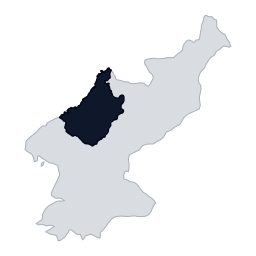 location of Chagang-do within North Korea
{"feature_id": "PRK-3310", "entity_name": "Chagang-do", "entity_type": "Province", "adm_level": 1, "iso_a3": "PRK", "parent_name": "North Korea", "parent_adm1": "", "projection": "mercator", "projection_center": [126.424, 40.896], "detail": "fine", "context": "in_parent", "style": "filled", "palette": "ink", "viewbox_px": 256, "rotation_deg": 0, "n_neighbors": 0, "source": "natural_earth", "source_scale": "10m", "svg_char_len": 6798}
<svg xmlns="http://www.w3.org/2000/svg" viewBox="0 0 256 256"><path d="M155.8,203.3L154.7,203.9L152.7,207.4L150.9,211.8L149.1,214.2L147.1,215.6L144.9,216.3L140.6,216.7L136.7,216.4L135.4,215.9L130.0,216.2L128.5,216.5L120.7,216.1L116.7,216.5L114.1,217.4L111.5,219.1L109.2,221.8L107.2,224.7L103.2,229.9L100.3,232.5L100.3,236.2L100.3,237.3L99.3,238.1L98.9,237.7L97.3,237.4L90.7,234.1L85.3,236.1L83.9,238.8L82.5,239.7L80.3,234.4L76.8,234.3L71.2,229.7L68.8,230.6L68.2,232.5L65.1,236.7L60.8,240.2L59.4,240.6L57.8,240.4L58.0,239.4L56.3,235.5L49.5,233.9L47.1,232.3L45.8,231.9L52.5,227.5L54.2,226.7L52.9,225.7L51.5,225.2L46.0,225.9L43.2,224.4L39.0,224.9L36.2,223.7L42.1,219.4L42.4,216.9L42.3,215.0L45.3,209.2L48.4,206.0L56.3,201.5L59.7,200.9L62.2,201.1L64.2,200.7L62.1,198.9L60.0,198.1L55.9,198.3L51.7,195.7L51.3,192.9L59.5,175.5L59.6,173.9L58.3,169.6L57.9,165.5L52.0,163.1L49.4,162.8L41.9,158.1L38.9,155.7L37.7,156.4L37.5,160.2L36.4,161.0L34.4,161.7L33.4,157.4L31.8,154.3L26.8,151.2L25.0,149.4L25.9,145.6L25.5,145.3L26.3,141.0L29.3,137.7L36.8,131.9L38.8,129.1L42.6,125.9L44.3,126.0L46.1,125.7L46.6,124.3L47.0,123.2L48.6,122.1L52.2,120.3L56.4,118.0L59.7,117.3L63.8,113.8L65.5,112.2L67.2,112.2L67.6,111.5L68.6,109.7L69.9,108.5L71.7,108.2L74.6,107.4L78.3,106.8L80.9,103.8L81.7,101.7L83.4,99.4L86.9,96.8L89.4,93.0L92.1,88.9L93.3,87.5L94.6,87.3L95.4,85.7L96.2,81.3L97.5,77.0L98.2,75.0L101.3,72.8L102.1,71.7L102.8,71.3L104.3,71.6L106.2,70.3L108.0,68.9L109.7,69.4L111.4,70.6L113.2,73.0L113.9,74.9L115.3,76.5L115.6,78.8L117.0,79.8L120.0,80.3L124.8,81.8L128.0,81.9L129.8,83.1L133.5,83.7L141.0,82.8L144.1,83.3L145.4,84.8L147.3,85.9L148.5,86.0L150.2,84.0L151.9,80.8L153.1,78.4L153.1,76.5L152.0,74.4L149.6,72.4L147.9,69.4L146.4,66.3L145.5,65.3L144.7,63.8L144.6,61.5L145.1,59.9L148.9,58.8L153.7,58.2L157.5,58.9L164.0,58.4L168.0,57.6L170.9,57.7L173.7,57.7L174.9,56.3L178.7,53.1L180.5,52.0L182.5,49.8L182.8,47.5L183.2,45.6L184.4,43.7L186.3,41.2L188.0,40.1L189.9,40.2L191.9,41.3L193.2,42.5L194.6,42.2L195.8,40.2L196.6,39.9L198.8,39.7L199.5,38.5L200.4,32.8L201.3,28.3L201.5,25.2L203.5,20.0L204.1,16.8L205.3,15.4L206.7,15.5L207.9,16.4L209.4,16.9L211.3,16.4L212.7,17.2L213.6,18.9L216.4,20.1L216.7,20.9L216.7,26.6L218.2,29.2L220.4,31.6L223.3,33.8L224.8,34.3L225.8,35.8L226.6,38.5L228.7,41.1L229.8,43.0L230.0,45.0L231.0,46.1L229.3,47.3L227.1,46.6L223.5,46.1L218.9,50.0L216.3,51.3L214.5,55.1L210.9,57.3L208.9,59.7L206.3,63.9L204.6,67.8L200.7,71.9L198.4,77.0L198.3,81.4L200.8,85.8L201.0,89.6L199.3,97.4L200.3,105.6L199.2,108.9L187.2,114.5L184.1,117.3L179.7,124.6L174.4,127.3L171.0,130.2L166.4,132.0L163.5,137.1L160.3,139.9L156.4,141.7L153.6,143.9L147.1,144.1L142.6,145.6L139.3,149.9L129.6,154.7L128.3,158.3L129.0,163.9L129.0,168.2L128.2,171.7L126.0,170.8L124.9,171.9L123.6,175.2L124.0,178.9L127.3,180.0L130.0,181.6L133.9,182.3L136.7,184.0L142.7,191.8L147.7,195.2L148.9,196.5L151.8,198.2L154.4,200.9L155.8,203.3ZM43.1,165.1L41.3,166.3L41.2,164.1L42.6,162.3L44.1,162.0L43.1,165.1Z" fill="#d9dde1" stroke="#a8b0b8" stroke-width="1"/><path d="M108.9,68.0L109.2,68.3L109.2,69.3L109.4,69.5L109.8,69.5L110.6,69.7L111.2,70.2L111.1,70.4L110.5,71.5L110.0,72.7L109.7,74.0L109.8,75.1L109.9,76.0L110.1,76.6L110.2,77.0L110.1,77.3L109.9,78.0L109.4,78.3L108.8,78.6L108.3,79.0L108.0,79.6L107.7,80.1L107.5,80.5L106.9,80.6L105.9,80.5L105.5,80.6L105.1,81.0L105.1,81.6L105.2,82.3L105.3,82.9L105.6,83.4L106.2,83.9L106.7,83.9L107.9,83.3L108.2,83.3L108.6,83.3L108.9,83.4L109.0,83.7L109.0,84.1L108.5,84.5L108.4,84.8L108.5,85.1L109.1,86.1L109.4,86.8L109.5,87.5L109.7,89.0L110.1,89.9L111.2,90.8L111.4,91.5L111.3,91.9L111.2,92.2L111.2,92.4L111.6,92.9L111.9,93.4L112.1,93.9L112.3,95.1L112.7,95.9L113.3,96.5L115.1,97.7L115.6,97.9L116.6,98.0L117.8,98.3L118.3,98.3L118.9,97.9L119.3,97.3L119.7,96.6L120.1,96.0L120.8,95.5L121.8,95.2L122.7,95.2L123.4,95.7L123.7,96.5L123.9,97.6L123.9,98.7L123.9,99.7L123.7,101.3L123.3,102.3L121.7,104.1L121.1,105.2L120.9,106.8L121.0,108.3L121.8,109.2L123.0,109.8L123.4,110.3L123.4,111.2L123.3,111.8L123.0,112.3L122.7,112.6L122.3,112.9L120.9,113.3L118.3,114.8L117.6,115.8L117.2,118.3L116.6,119.3L116.2,119.5L114.7,119.7L114.1,119.9L113.6,120.1L113.2,120.5L112.7,121.0L111.7,121.7L110.9,122.1L110.5,122.8L110.7,124.4L110.7,125.6L110.1,126.5L109.3,127.4L108.7,128.4L108.5,129.1L108.4,129.9L108.3,130.6L108.3,131.2L107.5,132.9L107.0,133.5L105.8,134.6L105.6,134.9L105.4,135.1L105.1,136.1L104.9,136.7L104.7,136.9L104.4,137.1L103.9,137.1L103.4,137.2L103.2,137.3L102.9,137.5L102.5,137.8L102.1,138.2L101.7,138.7L101.5,139.0L101.2,139.2L100.5,139.3L100.2,139.4L99.9,139.6L97.8,141.1L97.5,141.4L97.2,141.7L97.1,141.9L97.1,142.1L96.9,143.0L96.9,143.3L96.7,143.7L96.4,143.9L96.2,144.1L95.2,144.1L94.8,144.3L92.9,145.7L92.5,145.8L92.3,145.8L92.0,145.8L91.8,145.7L90.4,144.7L89.1,144.1L88.5,143.9L85.5,143.6L84.8,143.3L83.4,142.3L82.9,141.9L81.5,140.1L79.4,138.1L78.5,136.9L77.9,136.3L77.7,136.1L77.0,136.1L76.6,136.0L76.3,135.8L75.9,135.5L75.6,135.4L75.3,135.3L74.8,135.3L74.4,135.4L73.9,135.6L73.5,135.9L73.2,136.0L72.9,136.0L72.4,136.0L72.1,135.8L71.8,135.7L71.3,135.2L67.5,132.6L66.5,131.6L66.3,131.3L66.1,131.1L66.2,130.8L66.3,130.6L66.5,130.4L66.6,130.2L66.6,129.7L65.1,128.1L65.0,127.9L64.9,127.7L64.9,127.4L64.9,127.2L65.0,126.9L65.2,126.5L65.3,126.2L65.4,125.0L65.5,125.0L65.5,124.9L65.9,124.3L66.0,124.0L66.0,123.8L66.1,123.6L66.1,123.3L66.0,123.1L65.8,122.6L65.7,122.4L65.5,121.4L65.4,121.1L65.2,121.0L64.9,121.0L64.4,121.1L64.1,121.1L63.8,121.0L63.6,120.8L62.6,119.5L62.2,119.2L59.7,117.6L59.8,117.0L60.0,116.8L60.6,117.0L60.9,116.8L61.0,116.5L61.0,115.9L61.1,115.6L61.4,115.1L61.7,114.8L62.2,114.7L63.5,114.7L63.9,114.5L64.2,114.0L64.2,113.1L64.4,112.3L64.8,112.0L65.2,112.1L65.7,112.5L65.9,112.9L66.0,113.0L67.9,112.9L68.4,112.7L68.1,112.0L67.1,110.9L68.4,109.3L69.1,108.8L69.1,108.7L70.1,108.5L70.4,108.4L70.6,108.1L70.7,107.8L70.9,107.6L71.2,107.6L71.5,107.7L72.9,108.3L73.2,108.3L74.5,107.3L75.0,107.1L75.5,107.1L75.8,107.3L76.2,107.7L76.6,108.0L77.0,107.8L77.5,107.4L78.5,107.3L78.9,107.1L79.2,106.6L79.0,106.4L78.6,106.4L78.1,106.4L78.4,105.8L79.0,105.6L79.6,105.5L80.2,105.1L80.8,104.1L81.0,103.6L80.9,103.2L81.1,102.9L81.4,102.6L81.7,102.5L82.1,102.3L82.0,101.8L82.3,101.3L82.8,100.9L83.2,100.3L82.7,99.5L83.5,98.8L87.2,96.6L87.6,96.2L87.9,95.7L88.7,93.8L89.1,93.3L89.9,92.5L90.3,92.0L91.0,90.2L91.4,89.6L93.0,87.7L94.0,86.9L95.0,86.9L94.9,87.1L94.8,87.3L94.7,87.4L94.5,87.5L94.5,87.9L95.6,87.5L95.6,86.4L95.2,85.1L95.0,84.0L95.2,83.4L96.3,81.6L96.8,79.6L97.4,78.4L97.6,77.9L97.4,77.3L97.1,76.7L97.1,76.2L98.2,75.0L98.8,73.9L99.3,73.8L100.4,73.9L100.8,73.7L101.8,72.7L102.3,72.4L101.9,72.0L101.4,71.7L101.0,71.4L100.8,70.9L101.3,70.6L101.8,70.6L102.3,70.8L102.8,71.2L103.7,72.2L104.3,72.6L104.6,72.2L105.0,71.1L106.8,70.4L107.2,69.2L107.5,68.7L108.2,68.2L108.9,68.0Z" fill="#0f172a" stroke="#020617" stroke-width="1.5"/></svg>